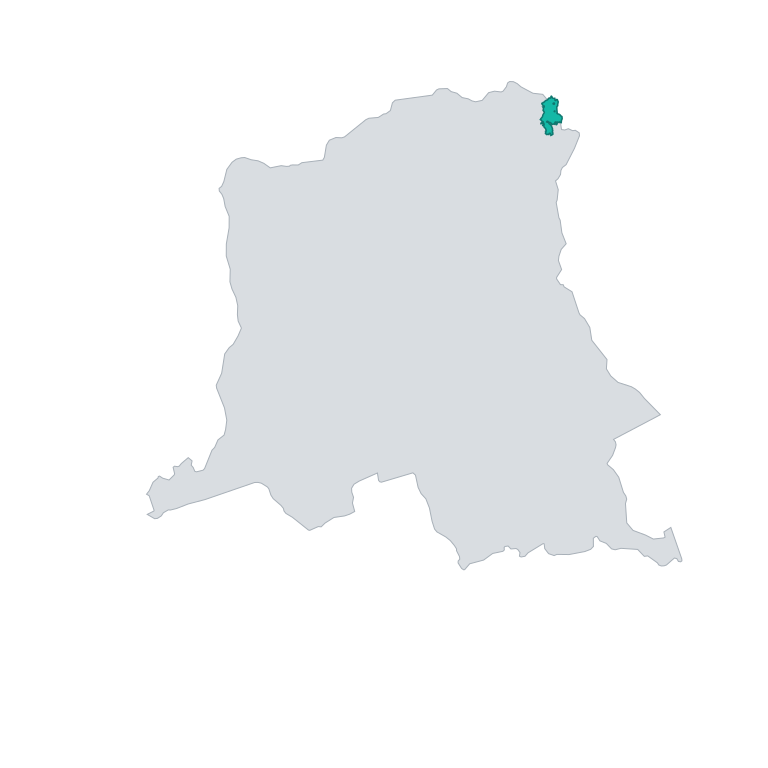 Aru, Orientale, Democratic Republic of the Congo shown in context, rotated 341°
{"feature_id": "63176286B14719092717616", "entity_name": "Aru", "entity_type": "district", "adm_level": 2, "iso_a3": "COD", "parent_name": "Democratic Republic of the Congo", "parent_adm1": "Orientale", "projection": "orthographic", "projection_center": [30.488, 3.028], "detail": "fine", "context": "in_parent", "style": "filled", "palette": "teal", "viewbox_px": 768, "rotation_deg": 341, "n_neighbors": 0, "source": "geoboundaries", "source_scale": "gbopen_adm2", "svg_char_len": 8119}
<svg xmlns="http://www.w3.org/2000/svg" viewBox="0 0 768 768"><g transform="rotate(341 384 384)"><path d="M635.3,503.0L583.0,511.1L584.0,514.1L583.6,517.1L582.2,519.5L576.9,525.9L569.1,531.7L569.1,533.1L573.0,539.7L575.6,548.6L575.1,564.4L576.2,568.6L576.0,571.9L573.4,575.6L568.3,594.4L571.8,603.5L582.1,612.0L588.2,618.3L598.3,620.6L599.9,620.3L600.5,615.0L608.5,613.0L608.6,646.4L608.1,648.2L606.6,648.7L604.6,647.6L604.0,644.4L601.9,643.1L592.1,647.1L589.6,647.1L586.9,646.3L584.9,644.6L584.3,642.1L577.4,632.4L574.0,631.7L570.0,623.0L554.5,616.5L548.6,616.0L545.5,614.0L542.3,607.1L537.1,602.6L535.9,597.7L534.8,597.0L531.7,598.0L529.1,605.8L525.6,607.6L519.3,607.8L503.4,605.5L492.0,601.4L489.0,601.6L484.4,598.0L482.4,592.0L483.4,587.3L482.5,586.7L465.3,590.5L461.2,592.8L457.3,592.2L456.0,590.9L457.7,587.7L456.7,584.2L455.4,582.6L450.3,581.3L448.6,577.6L445.5,577.0L444.4,577.6L443.7,580.1L441.9,580.9L431.6,579.6L420.9,582.9L406.5,581.9L399.8,585.8L398.8,585.6L397.3,583.6L395.8,577.3L396.5,575.5L398.6,574.3L399.2,571.7L398.3,565.1L398.9,563.5L398.0,559.7L395.7,553.6L392.6,548.7L385.9,541.1L384.6,537.6L384.8,529.3L386.6,516.0L386.2,506.2L383.4,499.7L382.6,492.8L384.1,480.4L382.4,477.4L349.6,476.0L348.2,475.1L347.5,473.4L348.8,466.0L329.0,467.7L323.0,469.0L319.4,472.0L318.3,475.8L318.3,481.2L315.4,486.3L314.8,495.0L309.3,495.9L303.8,495.9L293.2,493.9L283.0,496.3L278.1,498.6L275.4,497.4L266.2,498.2L265.0,497.5L254.0,480.2L249.1,474.4L248.1,471.5L248.4,468.9L247.1,465.3L241.9,456.3L240.9,452.2L241.0,445.7L240.3,443.5L235.8,437.9L232.8,436.0L229.6,435.0L177.1,435.0L159.8,433.7L147.3,434.2L140.9,433.6L139.1,432.8L133.5,433.9L130.5,436.2L126.1,437.3L123.3,436.7L117.7,430.2L125.0,429.2L125.5,428.6L125.6,413.2L123.6,410.9L127.4,408.4L133.6,401.7L139.7,399.3L140.5,398.0L141.8,398.0L144.1,401.0L149.5,404.8L156.1,401.6L156.8,400.7L157.5,394.1L159.1,393.5L162.0,395.0L163.6,395.0L166.5,393.2L174.9,389.9L177.5,394.2L175.3,398.0L176.4,400.8L176.7,405.0L178.1,406.0L184.8,406.6L186.8,405.6L199.8,390.6L203.3,388.8L208.8,382.8L216.2,380.2L219.4,375.5L223.6,367.0L225.4,354.7L224.4,333.4L225.0,330.5L234.0,321.0L243.2,303.7L249.5,299.2L254.3,297.4L261.6,291.1L267.4,284.7L266.6,277.0L268.0,270.6L271.2,262.4L272.2,253.8L271.2,244.7L271.6,237.2L276.0,225.4L276.5,211.7L280.5,200.3L288.4,185.9L292.2,175.1L291.6,164.4L292.8,156.5L292.5,151.9L291.1,147.9L291.8,145.3L294.8,144.3L298.5,140.4L305.3,129.9L312.5,124.9L317.5,123.3L322.6,123.6L326.0,124.5L331.4,128.7L337.6,132.0L342.2,136.2L346.8,142.6L357.9,144.1L362.6,146.5L365.5,147.3L366.6,146.7L368.9,147.1L374.2,149.0L378.4,148.0L399.0,152.4L401.4,150.3L407.3,139.4L411.7,135.7L418.8,135.3L424.3,137.5L427.2,137.5L452.8,128.2L456.2,127.8L465.4,130.1L471.5,128.6L473.9,129.1L479.1,127.5L483.5,120.9L487.0,119.3L523.7,126.6L529.4,123.1L532.0,122.8L540.2,125.3L542.7,129.4L547.6,132.8L551.1,138.6L556.5,141.8L559.3,144.9L562.5,147.0L569.2,147.8L577.8,142.6L583.8,143.1L589.8,146.0L591.9,145.9L596.5,142.8L598.9,139.6L601.2,138.9L604.8,140.3L607.7,143.3L610.3,147.7L619.5,157.6L628.4,161.8L630.7,167.8L633.9,167.2L635.5,167.8L637.8,171.6L639.4,172.4L639.8,173.9L637.5,177.5L635.4,184.4L638.2,188.6L635.9,194.8L634.7,201.2L637.6,202.7L641.4,202.6L644.8,205.9L647.5,206.4L650.3,210.0L649.7,212.9L640.8,223.2L627.6,235.9L623.1,237.4L620.8,239.7L619.1,243.4L615.3,246.6L612.3,247.8L612.0,257.0L607.6,266.4L605.9,268.4L603.5,283.8L603.9,286.4L601.4,299.0L601.9,310.7L595.4,314.4L591.0,320.1L589.1,324.1L589.2,333.6L581.9,339.4L581.4,340.8L583.2,347.5L585.8,348.5L585.9,350.8L591.8,358.0L591.5,380.1L591.8,382.3L594.9,387.5L597.0,397.6L594.7,410.3L602.8,433.5L599.2,442.1L601.0,450.2L605.8,458.7L617.0,467.1L620.0,470.6L622.9,475.2L625.5,482.4L635.3,503.0Z" fill="#d9dde1" stroke="#a8b0b8" stroke-width="1"/><path d="M636.7,194.6L636.8,194.3L637.2,193.5L637.2,193.4L637.6,192.6L637.8,192.2L638.1,192.1L638.3,191.9L638.5,191.6L638.7,191.3L639.0,190.7L639.0,190.4L639.3,189.3L639.3,189.0L638.7,188.3L638.6,188.2L638.5,187.9L638.2,187.1L638.0,186.7L637.5,186.2L637.2,185.7L636.9,185.6L636.6,185.4L636.4,185.3L636.3,185.2L636.2,185.1L635.8,184.7L635.7,184.2L635.8,184.1L636.1,183.8L636.1,183.7L636.8,180.8L637.6,178.3L637.7,178.1L638.0,177.8L638.7,177.6L639.2,176.7L639.2,176.4L639.2,176.2L639.3,175.9L639.9,175.2L640.0,174.8L640.6,174.1L640.5,172.6L640.5,171.9L640.4,171.5L640.2,171.4L640.0,171.2L639.8,171.2L639.5,171.3L638.8,171.8L638.7,171.9L638.3,171.7L638.1,171.4L638.0,171.1L638.2,170.7L638.4,170.0L638.5,169.8L638.5,169.5L638.4,169.5L638.4,169.4L637.1,169.1L636.9,169.0L636.7,168.8L636.5,168.4L636.3,167.9L636.3,167.1L636.3,166.9L636.1,166.5L635.9,166.3L635.6,166.4L635.4,166.6L635.2,167.4L635.0,167.6L634.9,167.8L634.7,167.9L634.4,167.9L634.1,167.8L633.8,167.7L633.5,167.5L633.1,167.4L632.9,167.5L632.3,167.9L631.9,168.1L631.7,168.3L630.9,168.6L630.3,168.7L630.0,168.7L629.9,168.6L629.4,168.6L628.0,169.1L626.9,169.7L626.2,169.6L625.8,169.9L625.6,170.0L625.4,170.0L625.1,169.9L624.9,170.0L624.7,170.0L624.5,170.3L624.6,170.9L624.7,171.1L624.6,171.3L624.9,172.0L625.2,172.6L625.4,172.9L625.6,173.1L626.0,173.3L626.0,173.5L625.9,173.7L625.8,173.8L625.7,173.9L625.5,174.3L625.4,174.4L625.2,174.3L624.9,174.2L624.7,174.2L624.4,174.0L624.5,174.7L624.4,175.4L624.3,175.9L624.0,176.4L623.9,176.4L623.7,176.6L623.5,176.9L623.6,177.0L623.8,177.2L623.8,177.3L623.8,177.5L623.7,177.8L623.7,178.0L624.0,178.5L624.1,178.9L624.1,179.0L624.0,179.4L623.4,180.0L622.8,180.5L622.3,180.9L621.9,181.3L621.7,181.5L621.4,182.0L621.1,182.5L620.6,183.1L620.2,183.3L619.2,183.9L618.8,184.1L618.4,184.5L617.9,184.9L618.0,185.0L618.1,185.3L618.3,185.5L618.5,185.5L618.6,185.9L618.8,186.4L618.8,186.6L618.9,186.9L618.9,187.1L619.1,187.2L619.8,187.8L619.3,188.3L618.7,188.4L618.1,188.3L617.6,188.3L617.3,188.5L617.2,188.7L617.2,188.8L617.1,189.0L617.4,189.1L617.5,189.1L618.0,189.2L618.4,189.1L618.7,189.1L618.8,189.1L619.3,189.3L619.5,189.3L619.5,189.2L619.5,188.9L619.9,189.1L619.9,189.5L619.9,190.0L620.0,190.4L620.0,190.6L619.8,190.9L619.1,190.7L618.5,190.8L618.3,191.0L618.2,191.2L618.5,191.6L619.0,191.8L619.2,192.2L619.0,193.1L619.2,193.9L619.5,194.2L619.9,195.0L619.9,196.1L620.0,196.9L619.9,197.2L619.2,197.5L619.5,197.8L619.3,198.3L619.0,198.5L618.6,199.0L618.3,199.3L618.2,199.5L618.2,199.8L618.3,199.9L618.4,200.0L618.7,200.4L618.8,200.6L618.8,200.8L618.9,201.0L619.0,201.1L619.3,201.0L619.5,200.9L620.0,201.2L620.0,201.3L620.6,201.5L620.8,201.7L621.2,201.8L621.3,201.6L621.5,201.5L621.7,200.9L622.0,200.8L622.7,201.0L623.0,201.6L623.0,202.6L622.7,203.1L622.7,203.3L623.5,203.2L624.2,203.1L624.8,202.9L625.0,202.8L625.0,202.5L625.2,202.2L625.3,201.9L625.4,201.7L625.4,201.3L625.2,200.9L625.1,200.7L625.2,200.4L625.3,200.2L625.5,200.1L625.8,199.5L625.9,199.4L626.0,199.4L626.0,199.1L626.2,198.4L626.1,198.0L626.2,197.8L626.5,197.3L626.5,197.2L626.5,196.9L626.5,196.7L626.3,196.2L626.4,195.2L626.2,194.5L626.1,193.7L625.7,193.1L625.7,192.9L625.7,192.6L625.6,192.4L625.4,192.3L625.2,192.2L625.0,191.9L624.9,191.7L624.8,191.4L625.0,190.8L625.0,190.7L624.9,190.6L624.7,190.4L624.7,190.2L624.4,189.9L624.3,189.6L624.0,189.7L623.9,189.7L623.6,189.7L623.1,189.2L623.4,188.8L623.7,188.8L623.9,188.7L624.3,188.8L624.6,189.2L624.9,189.7L625.1,190.0L625.3,190.5L625.7,190.7L626.1,190.7L626.4,190.9L626.8,191.5L627.1,192.1L627.3,192.7L627.4,193.2L627.7,193.4L628.0,193.5L629.0,193.3L629.5,193.7L629.6,193.9L630.0,193.8L630.2,193.3L630.5,192.6L631.1,192.1L631.3,192.1L631.7,192.1L632.0,192.3L632.2,192.5L632.3,192.7L632.2,192.9L631.8,192.9L631.6,193.6L631.2,193.8L631.0,194.0L631.1,194.6L631.2,194.9L631.6,195.0L632.0,194.8L632.4,194.2L632.8,193.8L633.1,192.9L633.3,192.8L633.7,192.9L634.0,193.2L634.3,193.6L634.7,193.8L634.8,193.6L635.1,193.4L635.4,193.3L635.6,193.6L636.0,194.0L636.3,194.4L636.7,194.6ZM635.1,174.2L635.2,173.8L635.5,173.7L635.9,173.6L636.2,173.6L636.3,173.7L636.4,173.8L636.5,173.9L636.5,174.2L636.5,174.4L636.4,174.5L636.2,174.8L635.8,174.9L635.6,174.8L635.3,174.5L635.1,174.2ZM634.0,181.4L634.3,181.4L634.4,181.5L634.4,181.8L634.3,182.0L634.2,182.1L633.9,182.0L633.7,181.8L633.7,181.6L633.8,181.5L634.0,181.4Z" fill="#14b8a6" stroke="#0f766e" stroke-width="1.5"/></g></svg>